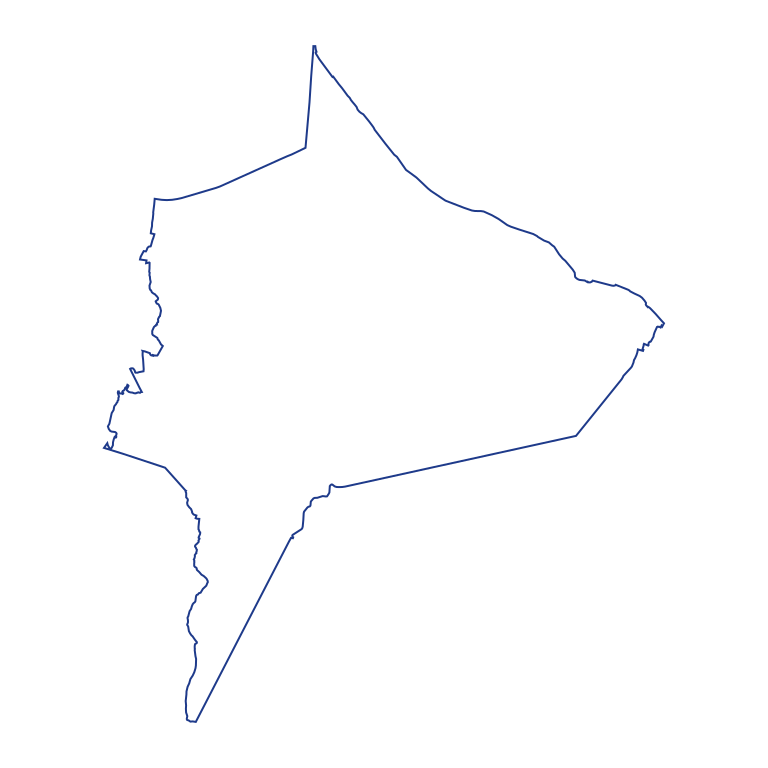 Xochimilco, Distrito Federal, Mexico
{"feature_id": "50627088B56641992702600", "entity_name": "Xochimilco", "entity_type": "district", "adm_level": 2, "iso_a3": "MEX", "parent_name": "Mexico", "parent_adm1": "Distrito Federal", "projection": "mercator", "projection_center": [-99.112, 19.236], "detail": "fine", "context": "isolated", "style": "outline", "palette": "blue", "viewbox_px": 768, "rotation_deg": 0, "n_neighbors": 0, "source": "geoboundaries", "source_scale": "gbopen_adm2", "svg_char_len": 6096}
<svg xmlns="http://www.w3.org/2000/svg" viewBox="0 0 768 768"><path d="M315.3,46.1L313.4,46.1L313.2,50.8L311.2,76.2L309.5,102.4L305.5,147.8L291.6,154.5L287.3,156.2L279.8,159.5L219.9,186.5L216.0,187.9L181.5,198.1L177.3,199.0L172.1,199.8L166.7,200.1L161.5,199.8L154.7,198.8L154.2,204.6L153.2,212.4L153.3,213.6L152.8,218.8L152.1,222.6L152.0,226.3L151.1,230.4L150.8,233.3L154.4,234.2L154.2,235.0L153.3,238.0L152.5,240.0L150.9,245.8L150.6,246.4L149.1,246.5L148.1,247.2L147.3,248.2L146.7,250.0L145.9,251.4L143.7,251.1L140.7,256.7L140.0,259.5L146.5,260.4L146.1,263.2L149.3,262.5L149.6,262.8L149.5,268.7L149.2,271.9L149.7,272.7L149.5,274.3L149.5,275.6L149.9,276.5L150.1,279.2L150.7,282.0L149.5,285.6L149.7,288.5L150.3,289.9L151.0,290.3L151.9,292.3L153.3,293.4L155.1,294.4L155.8,295.3L157.0,296.4L158.1,298.1L158.0,299.0L157.8,299.6L155.7,301.3L155.7,301.6L156.7,303.5L158.3,304.2L158.7,304.6L160.3,307.8L161.0,310.8L159.9,316.2L159.2,316.7L158.9,317.6L158.4,318.2L158.0,319.3L158.2,321.0L158.1,322.1L157.4,322.5L157.1,323.2L156.7,324.2L156.9,324.6L156.1,324.8L155.7,325.8L155.1,325.9L153.9,327.1L152.3,330.7L152.2,331.7L152.3,333.1L152.2,333.8L152.8,335.0L157.3,337.9L157.8,339.5L158.8,340.4L161.0,344.4L162.8,346.0L157.6,355.2L157.3,355.5L154.5,355.5L152.6,354.9L152.2,355.2L152.4,355.6L151.1,355.3L150.2,354.4L149.9,353.2L144.8,351.4L142.5,350.9L142.8,351.6L142.6,353.1L142.6,355.3L143.1,359.7L143.7,369.2L143.5,371.3L139.2,372.1L137.4,372.7L135.5,372.7L135.1,372.1L134.7,370.5L133.3,368.6L132.5,368.3L131.6,368.3L130.7,368.5L130.1,368.9L139.6,387.9L141.8,392.0L140.5,392.2L140.0,392.8L138.9,392.6L138.2,392.3L137.3,392.8L136.4,392.9L135.9,393.3L134.7,393.3L133.7,393.1L132.5,392.6L130.5,392.4L128.8,391.9L126.8,390.2L126.8,388.8L127.7,387.6L128.5,385.8L128.2,385.3L127.4,384.8L126.9,386.1L126.8,387.0L126.3,387.4L125.6,387.4L125.1,388.0L124.7,389.3L123.7,390.6L122.9,390.9L122.5,391.4L122.3,391.9L122.5,392.2L123.3,393.1L123.3,393.4L122.7,394.0L121.5,393.5L119.8,393.4L119.2,393.2L118.8,391.4L118.1,391.4L117.8,392.6L117.9,393.3L118.7,395.5L118.9,396.5L118.7,397.3L118.4,397.8L118.4,399.9L117.6,400.9L117.3,402.3L116.5,403.1L116.0,404.2L114.5,405.9L114.1,407.0L113.6,410.0L111.7,413.1L109.4,423.7L107.9,426.4L108.8,429.0L110.3,431.0L111.7,431.6L115.0,432.0L116.2,432.8L116.6,433.8L116.1,435.5L116.3,436.8L116.1,437.4L115.7,437.6L115.4,437.5L115.0,436.6L114.6,437.0L113.7,439.5L113.0,442.3L112.9,445.3L111.8,447.6L111.3,448.3L110.8,448.6L110.2,448.6L109.6,448.1L108.5,446.5L107.7,444.8L107.3,443.2L104.0,447.9L122.4,453.6L165.1,467.7L185.3,490.3L186.0,490.8L185.6,491.3L185.6,491.7L186.2,493.0L186.2,497.4L187.5,498.8L187.9,500.0L187.1,502.8L187.5,504.9L189.2,507.2L191.1,509.1L192.1,511.7L192.1,512.6L193.2,514.1L193.8,514.6L196.4,515.5L195.6,518.2L197.0,518.7L199.3,518.9L198.5,526.7L198.5,529.4L199.1,530.3L199.3,531.6L200.2,532.3L200.2,533.2L200.0,534.2L198.6,537.4L198.7,538.0L199.5,538.5L199.3,539.3L198.5,540.4L198.7,541.5L198.6,542.0L196.6,544.1L195.9,544.6L195.2,545.5L195.0,546.2L195.1,546.7L195.9,547.7L196.2,548.7L196.9,549.7L196.6,551.5L196.2,552.4L196.4,553.1L195.7,553.8L194.8,555.1L194.9,556.5L194.4,558.5L193.8,559.4L194.3,560.4L194.2,561.4L194.4,562.0L194.2,562.9L194.2,565.9L194.9,566.9L196.1,567.6L196.7,568.3L196.7,569.2L197.0,570.0L199.2,572.0L201.5,574.7L203.7,576.0L206.0,578.1L206.6,578.8L207.7,581.0L207.8,582.2L207.2,583.3L206.3,585.7L202.9,588.9L200.6,592.7L198.9,593.2L197.9,594.5L196.8,594.9L196.3,595.6L196.0,596.6L195.4,601.2L194.8,602.2L193.7,603.0L192.7,604.2L191.8,606.4L191.1,608.9L189.6,611.2L188.2,616.5L187.6,617.4L187.6,618.6L187.9,619.7L188.0,621.6L187.9,622.7L187.2,624.4L187.2,624.9L187.9,626.0L188.2,626.7L188.9,631.1L190.1,633.4L191.5,635.4L192.5,636.2L194.9,639.7L196.9,642.2L196.7,643.1L195.0,644.2L194.7,646.1L194.7,648.3L194.9,648.8L194.7,650.1L195.5,656.3L196.1,658.9L195.9,665.5L195.5,668.2L194.3,672.2L192.7,675.6L190.4,679.1L189.2,683.4L187.6,686.8L186.5,691.4L186.4,694.6L185.7,701.1L186.1,705.5L185.9,708.7L186.1,712.5L187.3,716.1L186.8,718.6L186.8,719.2L187.2,720.0L188.6,720.4L190.4,721.6L192.7,721.4L195.8,721.9L288.9,541.7L291.0,537.9L292.9,538.2L293.2,537.3L292.8,537.0L292.4,536.4L292.3,535.5L292.5,535.1L292.8,534.8L300.7,529.7L301.6,529.1L302.2,528.3L302.7,526.7L303.3,520.3L303.7,513.1L304.1,511.6L307.4,507.5L308.4,506.8L309.8,506.4L310.3,505.8L310.5,505.2L310.8,501.7L311.4,500.8L313.5,498.4L314.7,497.9L317.3,497.8L322.6,496.1L323.8,496.2L326.0,496.5L327.1,496.3L328.8,493.7L329.4,492.4L329.8,486.1L330.4,485.3L331.4,484.5L332.4,484.6L334.7,486.4L336.6,487.0L339.6,487.1L342.2,487.0L345.1,486.6L576.0,435.9L621.6,379.3L622.9,377.1L623.4,375.9L630.9,367.8L631.9,366.5L633.5,362.5L634.0,360.1L635.1,358.2L636.4,355.3L637.3,352.5L637.9,349.4L643.0,350.9L643.4,349.8L642.5,349.3L643.7,345.3L643.7,344.4L644.0,343.8L648.2,345.6L648.5,345.3L648.5,343.7L648.7,342.9L649.6,341.8L650.4,341.8L650.8,341.5L653.5,336.7L653.8,334.8L654.6,332.3L657.0,327.0L657.9,326.6L658.7,326.9L659.4,326.8L660.6,327.5L661.5,325.6L662.2,326.6L664.0,323.3L661.3,320.4L655.6,313.9L650.1,308.2L648.8,307.2L647.9,306.7L647.7,307.0L646.3,305.5L645.8,304.6L646.0,302.9L644.5,300.6L642.0,297.7L639.7,296.0L634.3,293.5L630.1,291.3L629.4,290.5L628.0,289.7L615.7,284.8L615.4,285.3L614.5,285.6L613.5,285.8L611.9,285.6L592.6,280.6L591.8,281.7L590.2,282.4L588.7,282.4L587.7,281.7L587.4,282.1L584.8,280.5L579.4,279.9L577.4,279.0L575.7,277.6L575.1,276.8L574.7,272.7L572.7,269.6L565.3,260.8L562.6,258.5L559.1,254.3L554.2,246.7L552.2,245.3L548.9,242.4L544.1,240.6L537.9,236.9L537.1,236.1L533.2,234.0L519.4,229.6L510.9,226.7L507.3,225.1L498.6,219.0L491.7,215.1L483.7,211.5L481.1,211.1L475.0,211.0L471.9,210.5L464.0,207.8L446.1,200.9L445.1,200.4L431.2,191.1L428.0,188.5L416.4,177.5L406.0,169.9L396.9,156.8L394.2,154.7L385.3,143.6L374.7,129.8L373.9,128.1L373.1,126.8L369.3,121.7L363.3,114.3L361.2,113.1L359.4,111.7L357.6,109.6L356.6,107.0L354.8,104.7L352.5,102.0L350.7,99.7L350.2,98.6L349.6,97.7L347.6,95.7L342.1,88.2L338.8,84.2L333.2,76.6L332.5,77.0L319.4,59.3L315.9,53.6L315.6,52.7L315.9,52.1L316.5,51.8L315.7,49.3L315.3,46.1Z" fill="none" stroke="#1e3a8a" stroke-width="2"/></svg>